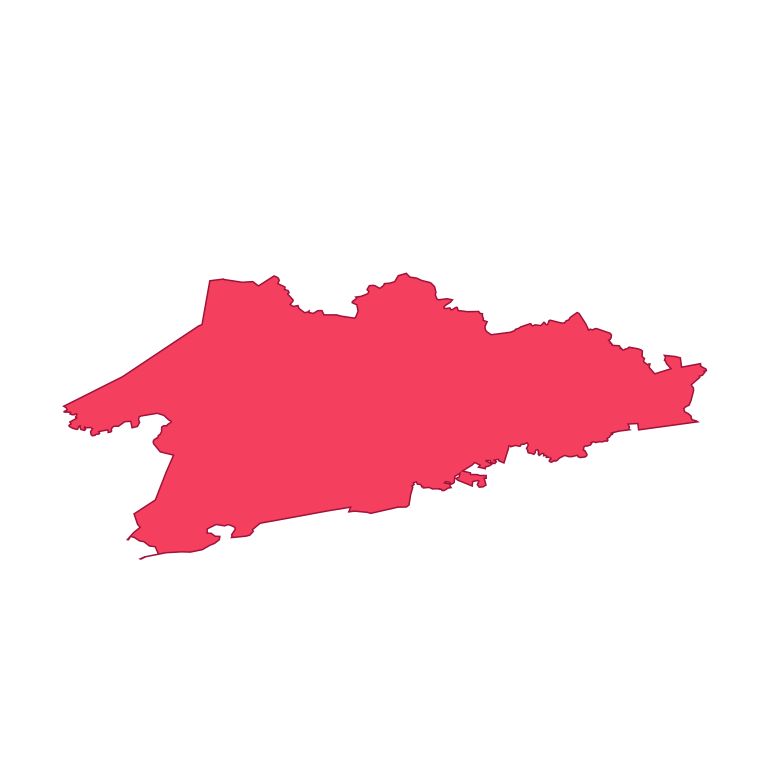 Jumurdas pag., Erglu, Latvia, rotated 350°
{"feature_id": "27541924B12132010316150", "entity_name": "Jumurdas pag.", "entity_type": "district", "adm_level": 2, "iso_a3": "LVA", "parent_name": "Latvia", "parent_adm1": "Erglu", "projection": "equal_earth", "projection_center": [25.8, 56.947], "detail": "fine", "context": "isolated", "style": "filled", "palette": "rose", "viewbox_px": 768, "rotation_deg": 350, "n_neighbors": 0, "source": "geoboundaries", "source_scale": "gbopen_adm2", "svg_char_len": 6123}
<svg xmlns="http://www.w3.org/2000/svg" viewBox="0 0 768 768"><g transform="rotate(350 384 384)"><path d="M262.0,259.2L244.8,253.4L244.3,252.8L230.4,252.1L215.1,293.9L211.7,294.6L127.8,331.4L64.7,350.3L67.0,352.2L67.4,354.2L66.7,355.0L64.5,355.4L64.1,355.8L64.7,356.2L70.0,357.3L70.5,357.7L69.6,359.0L71.3,360.0L73.2,360.5L75.5,359.8L76.2,360.2L75.6,361.8L74.6,362.8L74.7,363.5L75.5,363.8L75.0,364.5L68.0,366.9L68.9,368.6L68.6,369.2L66.6,370.0L66.6,371.0L69.6,373.5L73.8,375.5L74.6,375.2L75.2,373.8L76.5,372.6L77.5,372.5L77.1,374.4L77.7,376.2L81.1,377.7L82.3,376.6L81.3,375.0L81.6,374.3L82.9,375.3L87.6,376.0L89.1,377.6L86.7,380.0L86.8,383.1L87.7,384.3L90.4,384.4L91.9,383.5L94.4,383.8L95.3,383.2L94.7,381.5L96.6,381.3L103.9,381.2L104.3,381.9L103.9,383.8L106.5,383.8L107.5,383.1L107.8,380.7L109.9,379.0L111.4,378.7L115.1,379.5L122.2,376.1L128.1,376.8L128.3,383.4L133.8,383.0L136.7,379.3L136.1,376.8L137.0,374.0L139.2,373.3L155.8,373.5L161.8,376.7L165.8,382.0L168.0,383.8L167.4,384.8L163.5,386.5L162.8,387.5L160.0,386.8L157.6,387.8L156.5,392.7L155.1,394.1L155.0,394.7L152.8,395.5L152.0,397.8L150.3,397.8L149.9,398.4L148.1,398.8L146.8,400.3L146.7,401.1L146.7,402.8L151.9,412.0L164.4,417.5L153.8,433.6L138.7,458.5L115.3,468.5L117.0,479.6L119.0,482.8L111.6,486.9L104.3,492.7L105.2,493.0L108.1,490.0L111.6,491.9L116.1,496.1L120.2,497.6L124.9,502.8L130.4,504.5L132.2,511.7L132.1,512.4L118.2,512.7L113.6,513.9L114.1,514.2L119.6,512.7L140.0,512.3L155.4,514.1L164.1,515.9L176.3,515.6L184.7,512.5L189.3,511.6L194.7,508.8L195.9,505.6L191.3,504.6L187.7,500.9L184.0,500.2L184.7,496.0L194.3,493.2L202.6,496.1L205.1,495.4L206.1,495.6L207.9,496.2L212.2,499.2L212.3,501.2L207.9,505.9L207.8,507.7L207.1,508.7L211.3,509.1L221.7,509.9L225.7,509.5L229.6,506.5L229.2,504.6L237.8,499.6L306.7,499.2L329.8,499.5L327.1,503.8L333.0,504.1L344.9,507.4L348.7,509.1L376.2,507.7L384.7,509.0L387.6,507.5L390.9,497.9L394.4,490.7L393.7,489.4L396.2,488.2L395.6,486.5L398.2,486.0L398.9,486.0L399.5,488.5L402.4,489.2L403.2,490.5L403.3,491.8L404.4,491.9L404.7,493.2L410.5,493.7L413.4,495.7L419.4,496.7L420.5,497.3L420.8,496.8L422.6,498.2L422.5,498.9L424.7,499.4L429.3,497.6L432.1,497.7L431.2,495.4L432.1,494.2L426.4,491.9L428.0,490.8L431.1,492.0L433.0,494.3L433.9,494.1L435.9,493.3L437.8,487.2L443.4,485.1L441.7,488.8L438.4,489.5L439.9,491.5L453.2,499.8L454.3,495.5L459.5,495.3L460.6,496.1L458.4,499.2L459.8,502.1L463.6,502.5L466.9,501.2L466.3,494.2L468.3,494.6L468.7,491.8L462.4,490.7L460.2,489.4L453.6,488.2L453.7,486.5L446.2,483.3L456.5,479.2L459.8,477.1L464.6,480.7L462.6,482.3L469.0,485.0L469.2,483.4L473.6,482.9L476.4,481.6L470.5,477.0L475.3,477.8L475.7,480.0L479.3,481.6L481.1,480.1L479.3,478.2L483.5,477.9L483.8,479.6L488.4,482.6L495.4,469.1L496.2,466.7L497.7,466.9L497.9,467.8L502.9,467.3L506.6,468.9L507.4,468.8L508.8,467.3L511.7,467.6L514.6,466.7L515.4,468.4L515.4,469.3L513.1,472.3L514.0,474.1L513.8,475.6L514.2,476.9L516.8,477.7L519.4,479.3L521.0,477.9L521.2,476.6L522.2,475.5L523.7,475.3L524.6,476.8L524.0,477.5L524.5,478.6L523.7,479.5L524.4,481.3L527.6,479.8L529.2,480.3L528.8,482.4L530.7,482.3L531.7,483.3L531.0,484.2L531.6,484.7L533.2,484.6L535.6,486.1L535.4,487.0L533.7,487.6L533.4,488.6L534.5,489.8L535.7,490.1L538.1,488.9L538.3,489.4L539.7,489.7L541.5,489.2L543.7,487.5L549.5,485.7L553.3,487.6L556.5,488.2L561.9,487.8L562.3,488.0L562.4,489.3L564.5,490.5L569.2,490.8L571.1,489.9L571.7,488.7L570.3,484.5L568.9,483.9L569.9,480.8L571.3,479.9L573.0,480.4L576.8,479.9L578.2,478.4L577.8,477.7L580.4,477.2L582.2,478.4L586.1,478.2L588.8,478.9L591.9,478.5L593.8,479.1L594.8,478.2L594.2,476.7L594.5,476.2L596.6,475.6L598.5,473.5L599.8,473.3L599.5,472.8L600.1,472.6L599.9,472.4L600.9,472.0L600.4,471.7L607.2,471.2L617.9,471.7L617.2,471.1L618.2,469.0L617.5,465.8L627.1,467.0L626.8,473.4L686.4,475.7L685.1,474.5L681.2,472.7L680.7,470.7L680.8,468.9L678.6,466.1L675.3,463.6L674.9,460.3L677.8,458.5L680.7,457.9L683.5,453.6L687.9,443.9L687.7,442.8L688.1,441.7L686.7,439.2L686.6,438.0L696.1,432.3L695.9,431.0L699.1,430.7L702.0,428.1L701.4,427.0L703.7,427.0L703.9,426.5L703.6,425.1L699.1,421.6L699.2,418.9L680.0,419.1L680.4,409.7L675.5,407.5L665.1,404.5L665.9,406.3L664.3,409.5L665.2,410.2L665.8,413.2L669.4,418.8L652.4,421.0L648.0,413.7L649.4,410.4L648.0,410.3L647.0,410.9L643.6,407.3L643.8,406.0L645.0,404.1L642.9,401.8L644.2,396.5L643.3,395.2L640.2,393.4L631.7,390.3L629.3,391.6L627.7,391.4L626.2,392.2L624.8,392.0L624.2,390.3L622.8,389.9L623.2,389.2L622.3,387.2L615.7,385.6L615.3,385.0L615.6,384.6L614.6,383.0L613.9,382.9L614.2,382.0L612.8,379.8L614.6,379.2L615.7,377.9L616.5,375.3L615.7,373.4L602.9,366.3L601.3,366.2L598.7,366.9L596.7,365.8L595.0,366.5L594.4,366.2L594.6,365.1L593.0,359.5L588.3,348.3L586.5,347.2L578.9,350.8L577.0,353.0L574.5,353.3L572.2,355.3L569.5,354.8L558.6,350.0L557.4,350.4L556.1,352.9L554.9,354.0L553.8,353.6L552.9,351.5L552.2,351.0L548.7,353.7L543.2,352.0L540.5,352.6L539.6,351.9L539.2,350.4L538.4,350.0L528.6,351.5L525.9,352.7L523.3,352.9L521.5,354.2L517.4,355.0L498.1,354.1L494.2,350.2L493.2,347.9L493.5,344.7L496.4,340.6L492.7,338.5L493.2,336.9L492.7,334.0L493.2,332.0L490.3,330.7L489.9,329.0L478.8,327.3L469.8,324.5L469.4,321.3L468.5,321.0L464.0,322.6L462.9,322.6L462.1,320.5L457.9,320.4L456.3,319.8L456.5,318.4L458.9,316.9L463.6,315.0L466.0,313.0L461.0,311.0L452.7,310.6L450.9,309.6L450.0,305.1L451.1,302.7L450.7,297.0L448.1,293.1L446.8,292.0L439.3,288.7L434.5,285.4L428.1,283.2L425.2,278.9L416.9,279.8L412.3,285.1L407.4,285.7L401.8,285.2L400.7,286.9L397.1,288.9L395.9,288.7L392.4,285.8L390.6,285.0L386.7,284.6L383.8,287.9L383.9,288.7L385.2,290.0L384.3,291.6L383.1,292.4L376.6,293.7L371.3,293.5L372.0,294.5L371.6,295.1L367.2,297.3L366.8,298.4L371.0,301.3L371.1,307.9L367.3,313.9L365.4,313.7L353.2,309.6L349.3,307.7L336.9,305.5L335.6,300.9L331.5,300.3L326.6,302.2L322.4,300.6L322.9,299.1L321.1,299.9L318.2,300.0L313.4,294.8L312.9,291.8L308.0,291.9L305.4,289.4L308.7,286.6L309.1,285.5L304.8,278.7L304.8,278.3L306.4,277.6L305.8,275.4L302.4,273.6L303.3,272.0L303.2,271.2L296.8,266.6L298.9,263.7L298.3,261.6L297.7,260.6L294.5,258.5L277.4,265.6L272.6,260.4L262.0,259.2Z" fill="#f43f5e" stroke="#9f1239" stroke-width="1.5"/></g></svg>